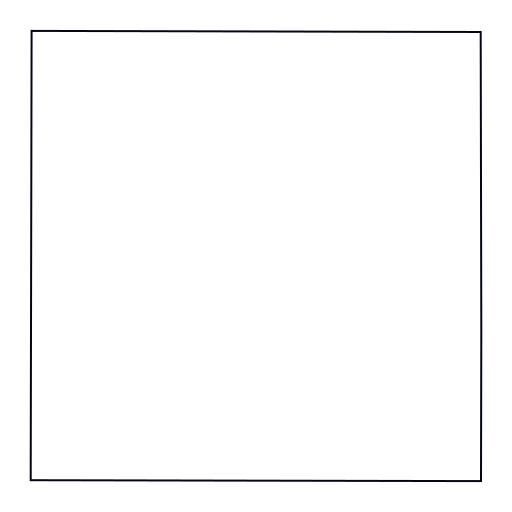 Seward, Nebraska, United States of America (Equal Earth projection)
{"feature_id": "52423323B50474680462759", "entity_name": "Seward", "entity_type": "district", "adm_level": 2, "iso_a3": "USA", "parent_name": "United States of America", "parent_adm1": "Nebraska", "projection": "equal_earth", "projection_center": [-97.107, 40.872], "detail": "fine", "context": "isolated", "style": "outline", "palette": "ink", "viewbox_px": 512, "rotation_deg": 0, "n_neighbors": 0, "source": "geoboundaries", "source_scale": "gbopen_adm2", "svg_char_len": 206}
<svg xmlns="http://www.w3.org/2000/svg" viewBox="0 0 512 512"><path d="M30.7,480.2L478.7,481.1L481.0,481.0L481.3,331.3L480.7,32.0L31.6,30.9L30.7,480.2Z" fill="none" stroke="#020617" stroke-width="2"/></svg>